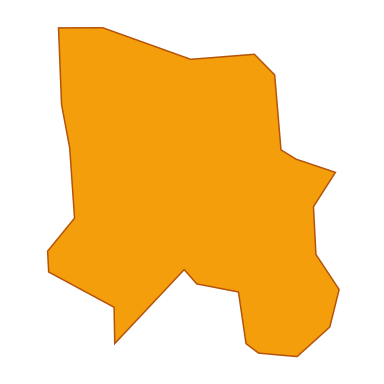 outline of Niamey, Niamey, Niger, rotated 269°
{"feature_id": "23599985B37846693808008", "entity_name": "Niamey", "entity_type": "district", "adm_level": 2, "iso_a3": "NER", "parent_name": "Niger", "parent_adm1": "Niamey", "projection": "albers", "projection_center": [2.087, 13.524], "detail": "fine", "context": "isolated", "style": "filled", "palette": "amber", "viewbox_px": 384, "rotation_deg": 269, "n_neighbors": 0, "source": "geoboundaries", "source_scale": "gbopen_adm2", "svg_char_len": 468}
<svg xmlns="http://www.w3.org/2000/svg" viewBox="0 0 384 384"><g transform="rotate(269 192 192)"><path d="M41.8,112.1L114.5,182.8L100.0,195.2L91.2,236.7L39.4,243.4L29.7,255.8L25.6,294.2L54.6,327.4L91.9,337.4L127.4,314.8L175.2,313.2L209.1,335.7L223.0,296.6L232.6,281.7L307.6,276.7L328.6,256.8L324.7,192.9L357.8,105.5L358.4,61.4L281.8,63.1L238.1,70.5L167.9,74.1L135.4,46.6L114.5,47.3L78.1,112.1L41.8,112.1Z" fill="#f59e0b" stroke="#b45309" stroke-width="1.5"/></g></svg>